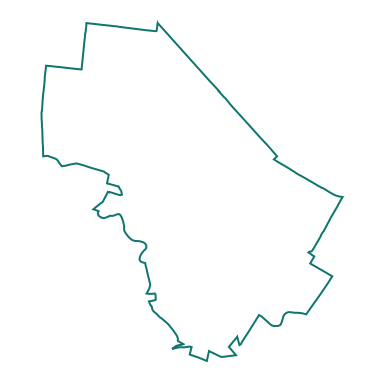 Nuci, Ilfov, Romania (orthographic projection)
{"feature_id": "2599482B37933054292549", "entity_name": "Nuci", "entity_type": "district", "adm_level": 2, "iso_a3": "ROU", "parent_name": "Romania", "parent_adm1": "Ilfov", "projection": "orthographic", "projection_center": [26.307, 44.722], "detail": "fine", "context": "isolated", "style": "outline", "palette": "teal", "viewbox_px": 384, "rotation_deg": 0, "n_neighbors": 0, "source": "geoboundaries", "source_scale": "gbopen_adm2", "svg_char_len": 5857}
<svg xmlns="http://www.w3.org/2000/svg" viewBox="0 0 384 384"><path d="M342.4,197.1L342.5,197.0L339.2,196.5L338.3,196.2L337.7,196.1L335.6,195.4L335.3,195.3L333.0,194.2L329.4,192.1L328.2,191.4L325.5,189.6L323.0,188.2L321.5,187.7L320.1,186.8L318.2,185.9L314.7,183.7L312.6,182.5L302.9,176.9L301.5,176.1L299.7,175.2L298.8,174.7L298.6,174.6L298.0,174.3L297.3,173.8L297.1,173.7L296.9,173.6L295.9,172.9L291.9,170.3L291.1,169.8L289.5,168.8L288.7,168.3L284.4,165.7L281.2,163.9L276.4,161.0L273.9,159.3L274.5,158.8L275.4,157.9L277.1,156.4L266.4,144.0L266.2,143.9L261.1,138.5L256.7,133.7L255.1,131.9L243.8,119.3L233.4,107.9L229.6,103.6L229.0,102.6L228.7,102.2L227.6,101.0L224.9,97.9L224.4,97.5L220.9,93.7L218.9,91.5L219.3,91.4L218.9,90.9L211.4,82.8L211.1,82.6L202.5,73.0L182.4,50.6L171.5,38.4L165.4,31.6L161.5,27.3L157.8,23.2L157.7,23.0L157.6,23.5L157.4,24.5L157.3,25.3L157.2,26.4L156.7,30.7L156.5,31.0L156.1,31.1L154.6,31.1L152.1,30.8L149.0,30.5L146.9,30.3L146.7,30.3L136.4,29.0L118.8,26.8L118.4,26.6L109.2,25.6L86.4,23.1L86.2,26.7L86.1,28.1L85.8,29.9L85.8,30.5L85.7,31.2L85.6,32.1L85.5,32.8L85.3,32.9L82.5,60.1L82.5,60.7L82.4,61.2L81.6,69.4L81.2,69.5L80.7,69.4L67.6,68.0L65.1,67.7L64.3,67.6L63.9,67.6L63.5,67.5L61.5,67.3L61.3,67.3L61.2,67.3L60.9,67.2L60.7,67.2L60.0,67.1L58.9,67.0L58.6,67.0L58.3,67.0L57.1,66.8L56.8,66.8L52.1,66.3L50.5,66.1L46.1,65.7L44.6,78.9L44.8,79.3L43.7,90.0L43.5,91.8L43.4,92.0L42.8,98.0L42.8,98.3L42.8,98.6L42.7,99.0L42.0,110.5L41.9,110.5L41.5,112.7L41.6,118.7L41.7,120.6L41.8,121.5L41.9,123.5L42.0,126.8L42.3,129.8L42.3,131.3L42.4,132.6L42.4,134.3L42.5,137.7L42.6,140.8L42.7,143.3L42.9,145.4L43.1,151.1L43.1,153.7L43.2,156.1L43.2,156.3L43.9,156.3L45.8,156.0L47.2,155.9L47.8,155.9L48.5,156.1L50.0,156.8L50.8,157.1L51.5,157.3L53.5,157.9L55.6,158.8L56.2,159.1L57.2,159.9L58.2,161.2L59.0,162.5L59.5,163.3L60.2,164.2L61.8,166.2L65.2,165.8L70.3,164.5L76.6,163.4L76.8,163.5L78.9,164.0L81.6,164.8L84.8,165.7L85.3,165.9L86.4,166.3L87.3,166.6L89.2,167.2L90.0,167.5L91.7,168.0L93.1,168.4L95.0,169.0L97.0,169.5L98.7,170.0L104.2,171.7L105.3,172.7L107.0,173.7L108.8,174.8L107.0,183.4L110.4,184.3L110.5,184.3L114.5,185.4L118.5,186.5L118.4,186.7L120.0,189.1L121.2,190.9L121.9,194.7L121.3,194.9L120.6,195.1L120.0,195.2L116.6,194.2L113.4,193.2L109.6,192.0L109.4,192.4L107.9,191.9L102.7,202.0L100.4,203.5L93.5,209.1L93.3,209.3L93.6,209.4L94.7,209.7L95.4,209.9L96.1,210.2L96.6,210.4L97.2,210.6L98.6,211.2L98.1,211.7L97.9,212.7L97.9,213.6L98.0,214.4L98.9,215.8L99.7,216.6L100.7,217.1L101.3,217.6L101.9,217.6L102.6,217.9L103.3,218.1L104.4,218.0L106.4,217.4L108.8,216.4L109.2,216.2L109.4,216.0L109.8,215.7L110.5,215.9L111.5,215.9L112.2,215.9L113.2,215.8L115.3,215.0L116.5,214.5L117.9,214.2L119.0,214.1L120.2,214.9L121.4,216.8L121.9,218.0L123.1,221.3L124.1,225.7L124.1,227.1L124.1,229.5L124.5,231.2L125.6,233.1L127.2,235.3L129.0,237.4L131.2,239.3L132.1,240.0L132.9,240.3L134.0,240.6L135.1,241.0L138.9,241.1L141.4,241.7L143.5,242.4L144.8,243.3L145.6,244.1L146.3,245.9L146.4,246.7L146.1,248.2L145.3,249.4L143.7,250.8L142.0,253.0L141.0,254.3L139.8,257.3L139.5,259.0L139.8,260.2L140.3,261.1L140.7,261.5L141.6,262.0L142.8,262.5L145.2,263.0L145.5,265.0L145.8,266.3L146.2,267.4L146.6,269.1L147.4,272.9L149.2,280.1L150.3,285.1L149.8,286.4L149.2,289.0L148.2,290.4L146.9,293.2L146.8,293.4L146.7,293.5L148.0,293.7L149.7,293.9L151.2,293.9L152.4,293.8L153.9,293.6L154.8,293.5L155.6,294.8L155.7,299.5L155.6,299.9L155.3,300.1L153.7,300.4L151.6,301.0L150.5,301.1L149.9,301.2L148.9,301.4L149.4,302.6L150.2,304.6L150.6,305.2L151.1,305.7L151.3,305.7L151.3,306.2L151.7,306.7L151.9,307.1L152.0,307.9L152.4,309.3L152.6,310.0L153.1,310.8L153.6,311.4L154.2,311.9L154.5,312.1L155.0,312.6L156.4,313.7L157.1,314.4L158.4,315.9L159.1,316.4L159.9,317.3L161.5,318.4L164.2,320.6L166.6,322.7L168.9,324.9L169.8,326.1L170.7,327.2L172.1,329.0L173.2,330.3L175.4,333.6L175.8,334.1L176.3,334.8L176.7,335.6L177.0,336.1L177.4,337.0L177.5,337.3L177.7,337.8L177.9,338.3L177.8,339.8L177.8,340.5L178.0,341.0L178.3,341.3L178.8,341.5L179.2,341.7L179.9,342.1L180.5,342.5L181.1,342.9L181.4,343.0L181.6,343.1L181.9,343.2L182.1,343.4L182.5,343.7L182.9,343.8L183.2,343.9L183.5,344.1L183.3,344.2L182.9,344.4L181.9,344.7L180.9,344.9L179.7,345.0L179.0,345.2L178.4,345.2L176.0,346.0L175.6,346.3L175.0,346.8L174.4,347.3L173.7,347.6L173.2,347.9L172.7,348.2L172.8,348.6L172.9,348.8L173.9,348.6L176.3,347.9L178.5,347.4L179.6,347.3L180.4,347.2L181.5,347.3L184.8,347.3L185.9,347.1L187.2,347.0L188.3,346.7L189.6,346.5L190.0,346.6L190.9,346.9L191.0,346.9L191.6,347.0L191.6,347.3L191.2,347.3L191.2,348.0L191.1,348.7L190.4,351.8L189.7,354.5L190.0,354.7L192.2,355.4L194.5,356.2L197.5,357.2L198.8,357.7L200.6,358.4L202.1,359.0L204.0,359.8L205.7,360.5L206.8,361.0L207.0,360.1L207.5,358.0L208.0,355.6L208.6,353.0L209.0,351.0L210.4,351.8L212.0,352.5L213.0,353.0L213.9,353.4L214.7,353.8L216.5,354.7L218.1,355.5L220.1,356.5L221.0,356.8L221.4,356.9L221.8,356.9L223.0,356.8L224.8,356.6L226.0,356.5L228.2,356.2L230.3,355.9L232.9,355.6L234.5,355.4L236.0,355.2L228.9,346.9L236.8,337.3L237.2,336.7L238.7,342.3L239.4,345.1L240.9,344.2L241.9,342.1L248.6,331.7L250.0,329.5L252.4,325.7L258.4,316.1L259.0,315.0L262.2,317.0L271.3,325.2L274.1,326.1L277.5,326.0L279.6,325.4L280.7,324.4L281.7,322.1L282.8,318.5L283.2,316.8L284.4,314.5L285.8,313.3L287.2,312.5L289.4,312.1L292.1,312.4L295.0,312.8L298.1,312.8L300.9,313.1L303.2,313.5L306.1,314.4L313.4,304.1L320.7,293.8L326.9,284.7L328.4,282.4L332.3,276.3L324.4,271.7L310.2,263.5L314.3,256.4L313.1,255.7L312.2,255.1L308.5,252.4L309.3,251.7L311.3,251.4L311.6,251.2L311.9,251.1L312.1,250.8L313.8,248.1L315.4,245.4L317.3,242.2L320.4,236.8L320.6,236.5L320.8,235.6L321.1,235.1L321.6,234.1L322.6,232.5L323.6,231.3L326.8,225.3L327.9,223.2L328.9,221.4L329.3,220.5L331.5,216.3L331.7,216.1L334.4,211.5L334.7,211.0L337.5,206.2L339.0,203.4L341.2,199.4L342.4,197.1Z" fill="none" stroke="#0f766e" stroke-width="2"/></svg>